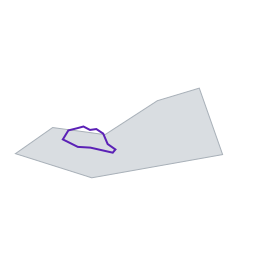 Anse Boileau on a map of Seychelles (Robinson projection), rotated 109°
{"feature_id": "SYC-5199", "entity_name": "Anse Boileau", "entity_type": "state/province", "adm_level": 1, "iso_a3": "SYC", "parent_name": "Seychelles", "parent_adm1": "", "projection": "robinson", "projection_center": [55.492, -4.708], "detail": "fine", "context": "in_parent", "style": "outline", "palette": "violet", "viewbox_px": 256, "rotation_deg": 109, "n_neighbors": 0, "source": "natural_earth", "source_scale": "10m", "svg_char_len": 476}
<svg xmlns="http://www.w3.org/2000/svg" viewBox="0 0 256 256"><g transform="rotate(109 128 128)"><path d="M186.9,146.1L188.9,226.1L152.1,199.4L141.8,147.6L92.6,109.1L67.1,73.6L122.3,29.9L186.9,146.1Z" fill="#d9dde1" stroke="#a8b0b8" stroke-width="1"/><path d="M149.7,183.6L144.7,175.9L141.1,170.6L142.2,163.3L139.3,157.6L141.4,149.6L149.8,142.0L152.4,132.9L156.3,134.4L158.8,157.2L162.2,169.3L160.0,185.9L149.7,183.6Z" fill="none" stroke="#5b21b6" stroke-width="2"/></g></svg>